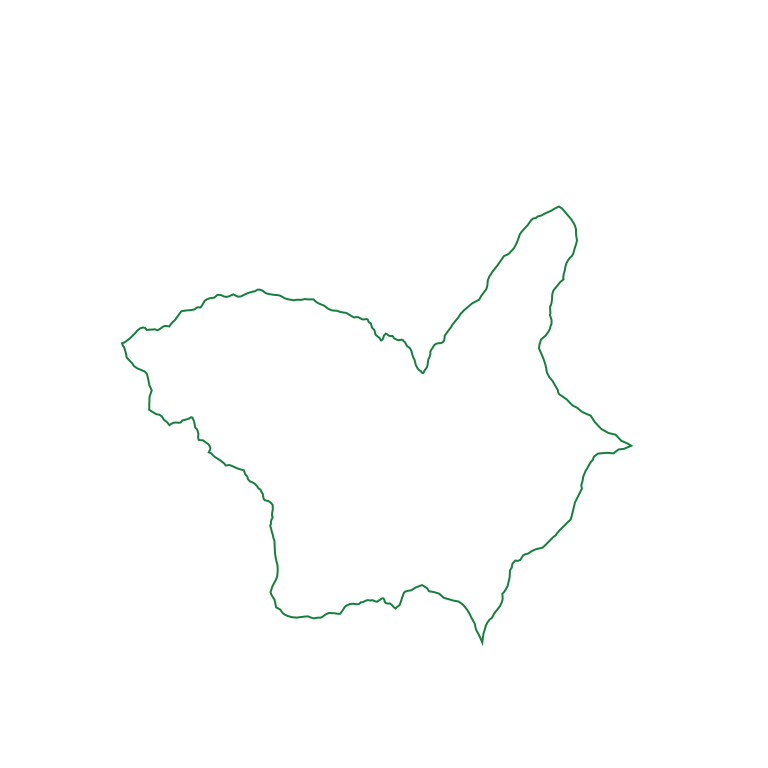 Lauri, Samdrup Jongkhar, Bhutan, rotated 35°
{"feature_id": "84629894B60450500664281", "entity_name": "Lauri", "entity_type": "district", "adm_level": 2, "iso_a3": "BTN", "parent_name": "Bhutan", "parent_adm1": "Samdrup Jongkhar", "projection": "natural_earth1", "projection_center": [91.92, 27.142], "detail": "fine", "context": "isolated", "style": "outline", "palette": "green", "viewbox_px": 768, "rotation_deg": 35, "n_neighbors": 0, "source": "geoboundaries", "source_scale": "gbopen_adm2", "svg_char_len": 6165}
<svg xmlns="http://www.w3.org/2000/svg" viewBox="0 0 768 768"><g transform="rotate(35 384 384)"><path d="M146.0,500.9L148.3,502.5L149.6,502.8L151.3,503.9L155.3,507.1L157.9,509.8L160.1,510.4L166.2,511.6L168.9,512.7L172.9,512.7L180.8,511.0L183.9,511.6L188.5,515.7L192.7,519.8L197.3,522.3L199.2,528.6L200.0,530.2L201.8,532.7L203.0,534.9L205.2,537.8L206.3,539.8L214.7,539.4L217.5,538.0L220.7,538.0L224.1,539.5L228.1,539.7L231.9,540.8L232.3,539.3L233.5,537.0L235.3,535.0L237.6,533.8L239.1,532.7L239.6,531.6L239.7,529.6L243.1,525.6L244.2,523.9L245.0,521.9L246.3,521.4L249.1,523.1L251.1,524.7L252.6,526.3L254.4,528.0L256.5,528.3L258.3,529.3L260.8,531.6L262.0,533.9L263.6,535.5L264.3,536.0L265.8,535.4L267.9,534.0L274.5,534.1L276.7,534.8L278.7,536.2L279.1,537.3L279.7,540.5L281.6,539.9L286.6,540.8L293.4,540.5L296.9,540.6L299.5,540.9L300.3,541.4L301.3,541.4L303.9,539.0L307.1,538.2L312.6,537.2L318.6,535.1L322.3,537.6L325.1,538.3L327.2,540.0L330.2,540.7L333.2,539.9L335.7,539.9L339.0,540.6L340.9,541.5L343.2,541.4L346.3,543.1L347.6,543.4L348.7,544.7L351.6,547.3L353.4,547.5L356.3,546.2L359.4,546.2L362.3,547.0L365.0,550.8L366.2,553.5L367.1,555.2L368.1,556.3L369.1,556.8L369.5,558.1L369.6,559.6L370.3,561.6L371.6,563.4L372.1,565.5L374.5,567.2L376.7,569.3L379.0,571.0L381.8,573.6L384.3,575.4L391.8,585.2L396.2,589.7L401.0,593.9L403.5,597.1L405.1,599.7L406.8,602.8L407.7,606.1L408.6,613.5L410.4,619.6L412.7,621.2L415.7,622.6L417.8,623.3L423.8,628.8L428.5,628.3L432.6,629.8L434.5,629.9L438.1,629.3L442.4,627.8L446.4,625.5L453.1,619.4L455.4,617.8L457.7,617.4L461.0,616.2L463.6,613.5L466.0,611.9L467.1,610.0L468.3,606.4L470.0,603.4L470.7,602.8L475.5,599.9L478.6,598.4L479.9,597.3L480.0,592.5L479.8,590.5L479.8,588.8L480.3,587.2L482.3,583.8L484.6,581.8L487.2,580.5L488.9,579.4L489.6,578.6L490.0,577.6L490.1,576.2L490.7,575.9L492.0,574.5L493.1,572.3L494.5,570.5L496.0,569.6L497.0,569.3L498.2,567.9L499.7,567.4L502.2,566.9L503.1,566.4L505.2,561.0L506.1,560.1L506.8,560.0L508.0,560.5L509.0,561.6L510.1,562.3L511.3,562.4L513.2,561.6L514.8,560.4L517.2,560.5L520.5,561.3L522.3,561.3L522.4,559.9L523.6,556.0L522.3,551.4L521.2,548.2L521.0,546.5L520.3,545.1L520.1,543.1L520.5,541.9L521.6,540.3L524.7,537.3L526.6,532.6L530.2,527.3L530.9,526.8L536.2,526.6L537.6,527.0L539.4,527.9L540.7,527.7L541.4,527.1L544.3,525.8L549.5,524.1L555.5,524.9L565.3,521.5L569.9,519.4L575.1,519.4L581.2,521.1L585.1,522.7L590.0,525.5L595.7,528.2L600.2,532.4L606.3,535.4L612.8,539.4L608.8,531.7L606.0,523.3L605.5,519.4L605.7,516.1L606.5,513.7L606.3,511.2L605.9,509.2L606.4,499.4L605.5,494.5L604.3,491.7L601.3,488.1L601.7,485.4L601.6,482.7L601.1,478.5L597.7,470.1L594.1,464.5L594.0,461.3L592.2,457.3L592.8,453.3L594.6,452.4L595.3,451.8L596.0,450.7L596.5,450.2L596.3,444.3L597.8,441.9L599.4,440.2L601.0,435.9L603.0,432.5L607.8,427.0L608.9,421.8L610.3,412.9L611.4,409.6L611.4,407.2L611.7,403.4L613.9,391.2L614.7,388.0L614.2,386.9L613.5,384.4L608.4,371.6L606.1,356.1L603.6,353.8L602.6,350.3L600.4,345.7L599.0,339.7L598.8,336.1L598.4,332.9L598.2,329.1L598.5,326.3L597.6,323.0L599.3,318.2L606.2,312.4L611.8,309.2L613.6,303.2L617.7,299.5L622.0,292.8L618.0,293.0L610.9,294.4L602.8,292.7L596.0,295.4L587.8,296.2L578.7,294.3L571.5,291.4L562.4,293.3L555.6,292.7L551.4,293.4L547.2,292.8L542.6,291.8L533.1,291.9L531.0,290.6L530.1,289.4L520.0,284.7L515.8,283.7L510.9,281.2L508.1,278.3L504.9,275.4L499.8,271.6L490.5,265.9L488.6,262.2L487.1,257.4L488.6,251.6L488.7,246.9L488.2,243.2L487.2,241.1L486.8,238.8L484.6,235.5L480.2,232.2L479.8,230.7L476.7,226.8L475.7,225.3L475.4,223.3L474.5,221.1L472.8,217.8L471.3,215.6L470.0,213.1L469.1,210.0L469.7,203.0L469.9,199.5L470.6,196.8L471.1,195.4L470.0,194.3L468.3,191.2L467.0,187.5L465.1,183.3L464.2,180.5L463.8,177.4L463.9,174.0L464.5,171.3L464.3,168.8L462.4,163.5L461.0,158.8L459.6,155.5L458.3,154.3L455.8,151.6L454.0,149.3L452.7,147.3L450.0,145.1L447.8,143.7L442.3,141.5L429.1,138.1L425.5,138.3L423.4,142.0L421.6,146.2L418.0,152.1L416.2,155.8L413.8,158.6L413.1,161.0L411.1,163.1L410.6,165.4L410.6,171.6L410.0,175.3L409.4,180.5L409.4,183.6L410.4,186.6L411.8,192.3L412.6,198.3L411.8,203.8L411.7,205.2L410.6,207.8L408.9,210.2L408.9,221.9L408.4,230.8L408.7,233.1L408.6,235.5L409.7,239.8L412.1,243.9L413.4,247.3L413.1,255.7L413.6,260.3L410.0,267.2L407.1,278.3L407.0,280.0L406.5,282.3L406.7,286.5L406.0,296.3L406.3,299.0L406.0,308.2L406.1,309.8L407.4,311.9L408.3,313.9L408.3,315.5L407.3,317.8L405.7,318.9L403.7,321.1L402.9,322.9L402.9,324.1L403.1,327.0L403.1,329.6L403.6,331.3L404.9,332.9L405.6,335.0L406.0,336.6L406.1,338.2L408.9,343.7L409.6,345.9L409.5,350.1L409.9,351.7L409.7,352.8L408.5,353.0L406.6,352.3L405.5,352.5L403.2,352.2L399.3,350.3L394.8,346.4L393.0,345.6L390.7,344.0L388.5,342.0L386.9,340.8L385.2,340.0L382.9,339.6L381.6,339.8L380.3,339.3L377.4,337.8L375.8,337.7L374.3,337.2L373.2,337.5L370.5,340.0L366.5,340.8L365.7,340.7L364.3,340.0L363.3,339.9L361.1,341.4L360.2,341.6L357.5,341.5L356.6,341.7L356.2,344.1L356.3,344.9L357.0,346.6L357.2,348.0L357.1,349.0L356.7,350.0L356.0,349.9L353.9,348.8L349.7,348.6L348.6,348.3L347.9,347.8L345.8,345.8L345.0,345.3L342.0,344.7L341.3,344.3L338.5,341.9L335.9,342.1L334.1,340.8L333.3,340.5L332.4,340.9L329.6,343.3L328.6,343.6L324.7,344.0L323.0,345.0L321.9,346.2L320.8,346.7L318.4,347.0L312.2,347.4L309.8,348.7L306.8,350.1L303.2,351.1L300.9,352.6L298.9,353.6L295.6,354.3L293.1,354.4L290.4,354.1L283.7,355.6L280.7,355.6L277.8,355.1L272.1,359.0L270.5,359.7L268.1,362.4L264.6,364.7L262.2,367.1L256.0,370.0L253.3,370.8L250.2,370.9L247.2,371.5L241.6,374.7L237.7,376.5L235.2,377.4L233.5,377.4L231.9,377.2L229.8,377.4L227.5,378.3L226.3,379.3L225.1,382.0L223.4,383.8L220.8,387.0L218.7,390.3L216.5,394.4L214.3,396.2L209.0,397.1L206.7,401.2L205.1,402.9L202.8,404.1L199.5,404.6L197.5,405.7L196.4,406.7L195.7,409.7L195.2,410.8L191.8,414.0L190.1,416.8L189.4,418.4L189.9,424.1L189.7,426.7L187.8,427.7L186.8,428.9L186.0,431.5L183.8,433.9L179.5,437.5L176.5,440.3L176.2,441.3L176.1,451.7L175.3,454.4L175.0,460.1L171.5,461.8L170.0,463.9L169.0,467.1L167.7,469.9L164.7,470.7L163.4,472.0L160.8,473.9L158.8,475.8L156.1,475.1L154.1,476.0L152.3,478.3L151.1,482.8L151.1,484.6L149.7,492.4L147.6,498.7L146.0,500.9Z" fill="none" stroke="#15803d" stroke-width="2"/></g></svg>